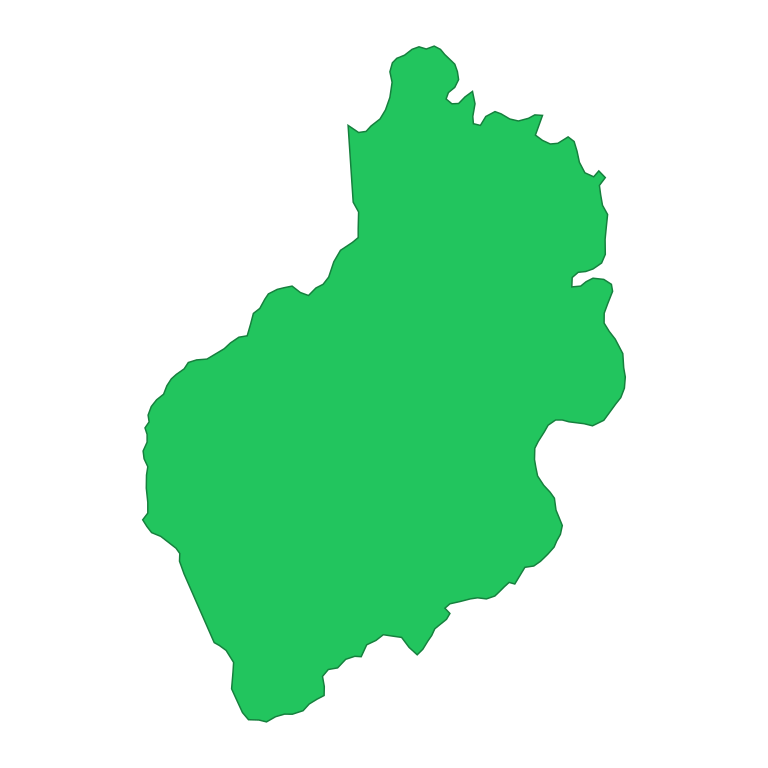 Santo Antônio da Barra, Goiás, Brazil
{"feature_id": "56859067B73524434673838", "entity_name": "Santo Antônio da Barra", "entity_type": "district", "adm_level": 2, "iso_a3": "BRA", "parent_name": "Brazil", "parent_adm1": "Goiás", "projection": "natural_earth1", "projection_center": [-50.62, -17.518], "detail": "fine", "context": "isolated", "style": "filled", "palette": "green", "viewbox_px": 768, "rotation_deg": 0, "n_neighbors": 0, "source": "geoboundaries", "source_scale": "gbopen_adm2", "svg_char_len": 2703}
<svg xmlns="http://www.w3.org/2000/svg" viewBox="0 0 768 768"><path d="M598.8,170.9L593.7,176.8L584.9,172.8L579.4,162.3L577.0,151.1L574.1,141.5L568.1,136.9L557.9,143.3L550.3,144.0L542.5,140.4L535.4,135.1L542.5,115.4L534.8,114.9L528.5,118.3L518.4,121.0L509.8,119.0L501.0,113.8L495.0,111.6L485.8,116.5L480.4,125.4L473.4,123.7L472.8,116.5L475.0,103.8L472.5,91.4L465.1,96.8L458.6,103.5L451.9,103.8L446.1,99.0L448.4,92.6L454.8,87.3L458.6,79.6L457.4,71.6L454.8,64.2L449.1,58.7L444.7,54.5L440.5,49.4L434.2,46.1L426.3,49.0L419.0,46.8L412.1,49.3L404.5,55.2L396.8,58.3L392.4,62.8L389.9,71.8L392.1,82.3L389.9,97.4L385.5,109.9L380.0,119.0L370.9,126.1L366.1,131.4L358.6,132.5L348.1,125.4L353.2,202.2L358.6,212.0L358.2,229.0L358.2,237.6L352.3,242.5L340.5,250.3L333.8,261.8L328.7,277.1L323.1,284.3L315.9,288.0L308.5,295.5L300.3,292.5L292.1,286.1L284.2,287.7L277.2,289.4L268.4,293.9L264.9,299.1L259.8,308.4L253.4,313.4L250.6,324.1L247.2,335.8L238.9,337.2L230.5,342.9L224.1,348.8L215.6,353.9L206.9,359.1L196.6,359.9L188.3,362.5L184.1,368.9L176.3,374.4L171.3,378.9L166.9,385.7L163.6,394.2L156.6,399.8L151.3,406.5L148.1,415.1L149.1,421.9L145.0,427.9L147.1,434.4L147.1,442.2L143.1,451.0L144.1,458.8L147.8,466.7L146.5,475.1L146.3,488.2L147.8,502.4L147.8,513.1L142.7,519.8L146.9,526.5L151.6,532.6L160.8,536.4L176.0,548.2L179.8,553.5L179.5,561.2L184.1,574.0L214.2,642.6L219.4,645.5L226.1,650.4L233.6,662.4L233.0,672.1L231.6,688.8L235.0,696.3L242.5,712.6L248.5,719.7L258.9,720.0L266.5,721.9L275.6,716.7L284.5,714.1L292.4,714.2L303.1,710.7L309.2,704.0L316.8,699.3L324.1,695.5L324.3,686.6L322.5,676.4L328.3,669.5L337.6,667.9L345.7,659.3L354.8,656.3L361.2,656.7L366.7,644.8L376.0,640.4L383.3,634.7L391.1,635.9L401.6,637.4L409.1,647.4L417.2,654.8L422.8,649.3L427.9,641.0L431.7,635.5L434.8,628.8L439.8,624.7L446.5,619.3L449.9,613.5L444.9,608.2L449.9,603.8L459.8,601.6L470.3,598.9L477.6,597.8L486.4,598.9L494.9,596.0L499.4,591.7L504.4,586.7L509.1,582.4L514.8,584.0L524.9,567.3L533.8,566.0L540.6,561.2L547.7,554.3L554.1,547.1L556.7,541.0L560.4,534.4L562.3,525.5L558.8,516.9L556.0,510.1L554.4,498.2L550.1,492.2L543.7,485.3L537.6,476.0L535.8,467.2L534.5,459.5L534.8,448.3L538.2,441.5L544.3,431.9L548.1,425.2L555.6,420.0L562.3,420.0L568.9,421.8L584.1,423.7L592.5,425.8L603.8,420.3L610.4,411.3L615.8,403.9L620.8,397.6L624.4,388.2L625.3,377.0L623.7,367.7L622.8,353.6L615.2,339.1L609.3,331.5L604.1,323.1L604.2,313.2L607.7,303.7L612.6,291.3L611.4,284.3L603.8,279.4L593.0,278.2L586.1,281.7L580.7,286.1L571.8,286.9L572.2,277.5L578.2,272.3L585.8,271.5L593.1,268.9L601.6,263.0L605.3,254.4L605.1,239.4L606.1,229.0L607.6,214.5L602.5,205.3L600.7,195.1L599.4,185.4L605.3,177.6L598.8,170.9Z" fill="#22c55e" stroke="#15803d" stroke-width="1.5"/></svg>